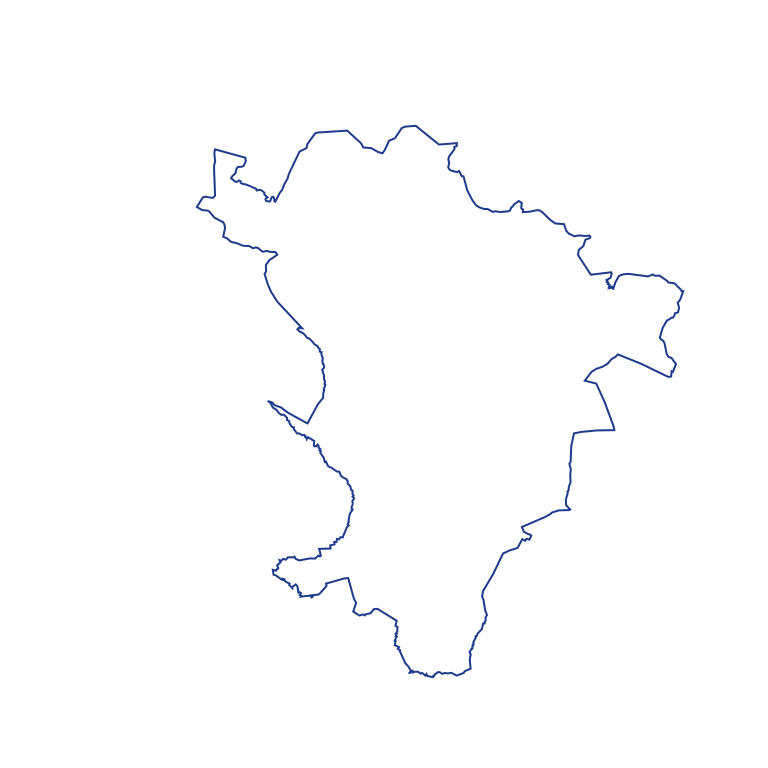 Santiago de Anaya, Hidalgo, Mexico, rotated 296°
{"feature_id": "50627088B8235398301321", "entity_name": "Santiago de Anaya", "entity_type": "district", "adm_level": 2, "iso_a3": "MEX", "parent_name": "Mexico", "parent_adm1": "Hidalgo", "projection": "albers", "projection_center": [-99.002, 20.428], "detail": "fine", "context": "isolated", "style": "outline", "palette": "blue", "viewbox_px": 768, "rotation_deg": 296, "n_neighbors": 0, "source": "geoboundaries", "source_scale": "gbopen_adm2", "svg_char_len": 6166}
<svg xmlns="http://www.w3.org/2000/svg" viewBox="0 0 768 768"><g transform="rotate(296 384 384)"><path d="M594.6,373.9L605.5,364.4L604.9,362.8L608.3,358.2L606.4,356.6L605.3,350.8L605.3,349.3L606.7,346.8L611.8,345.5L613.6,343.6L616.7,342.7L626.2,344.4L627.9,343.2L629.7,345.0L632.4,343.9L623.3,328.4L630.0,299.4L624.8,290.5L621.9,287.8L609.7,286.1L604.9,282.0L594.5,282.1L590.7,281.5L589.9,276.9L590.4,269.1L587.5,261.7L590.3,257.8L595.6,239.9L581.1,214.4L579.2,212.3L571.7,210.9L565.9,210.0L562.2,211.0L555.9,206.2L531.2,206.4L526.0,207.3L520.6,206.8L513.5,207.4L510.5,206.5L500.2,206.4L500.0,205.7L503.4,203.2L503.6,201.9L502.8,201.2L498.5,201.6L497.7,201.0L496.9,198.0L497.8,196.6L499.0,196.4L500.6,197.5L501.9,193.4L503.5,192.6L504.3,189.0L504.1,187.3L502.1,184.7L503.4,183.5L502.9,173.0L501.8,168.5L502.0,166.9L503.4,166.2L503.4,164.5L501.0,162.9L500.6,161.8L501.9,156.4L504.3,156.5L508.3,158.1L512.8,157.1L515.0,157.5L516.9,160.9L518.5,162.3L523.6,162.1L526.6,160.2L520.8,129.2L516.9,130.4L509.8,134.8L506.8,135.2L503.0,136.9L479.4,149.5L476.8,149.0L476.0,148.0L474.0,141.3L472.4,139.4L461.1,138.2L460.6,144.3L462.5,149.4L462.5,151.1L459.1,159.0L458.9,168.5L457.2,170.9L454.4,172.8L445.8,174.9L446.1,179.2L444.7,184.0L446.1,190.3L446.4,196.4L449.0,202.8L448.5,206.6L450.4,208.7L451.0,210.7L449.7,216.9L452.4,220.7L452.7,223.4L455.0,228.5L453.4,231.4L445.0,226.6L439.1,225.7L433.5,228.7L430.6,228.4L422.7,235.8L417.4,242.0L411.2,252.1L398.2,286.0L397.1,282.8L395.2,282.2L394.3,284.8L394.1,289.5L391.7,295.2L392.2,296.5L390.7,301.1L389.3,303.8L388.9,307.9L387.8,308.9L387.2,311.1L385.0,311.9L385.2,314.0L383.6,314.4L380.2,317.8L378.5,318.1L375.3,320.1L375.5,320.7L373.4,322.5L372.0,322.9L369.8,322.2L365.2,326.4L361.9,328.1L360.4,329.9L357.9,330.5L357.5,331.7L352.8,332.1L352.5,332.9L348.8,333.5L345.0,335.4L337.2,333.5L315.0,332.5L316.1,309.9L317.8,301.6L317.0,295.0L318.4,291.5L317.7,287.0L317.3,290.3L314.1,294.4L313.7,298.6L311.7,302.5L311.3,305.6L312.5,307.2L312.3,308.5L311.0,311.7L309.1,312.6L309.2,314.7L306.7,317.0L305.0,320.4L305.5,322.1L303.9,322.7L301.4,327.7L302.4,329.5L302.1,333.0L303.3,334.4L302.8,336.2L301.8,336.4L301.8,337.7L300.6,338.8L302.8,338.9L302.2,346.2L297.8,348.0L297.6,349.1L298.2,350.2L300.5,351.0L299.5,352.5L298.0,353.2L297.7,355.2L296.1,355.1L296.0,356.7L294.3,356.8L291.0,362.6L288.1,364.7L287.9,365.3L288.8,366.0L285.9,369.4L285.5,371.5L285.8,373.1L284.7,380.0L285.6,382.2L282.9,385.2L282.0,387.9L282.1,391.5L281.0,393.8L278.6,395.0L277.2,398.6L274.4,401.0L274.3,402.6L271.6,403.7L270.6,405.4L268.9,405.2L268.9,406.2L267.8,407.4L265.1,406.8L262.3,408.6L259.5,408.8L257.0,410.0L257.3,410.8L252.2,410.2L244.7,412.3L244.5,412.9L241.9,412.8L241.4,414.4L239.3,413.4L228.0,414.1L227.2,412.0L224.6,411.7L224.1,409.6L221.2,410.5L220.2,408.6L218.2,409.8L215.3,406.4L212.7,408.1L207.4,398.0L202.0,402.5L201.0,402.0L201.0,400.3L196.9,398.6L194.7,393.8L188.3,385.2L188.1,381.4L189.5,379.2L188.7,379.0L186.1,373.6L183.1,372.9L182.6,370.0L180.3,369.3L179.9,367.3L178.2,369.1L174.1,367.4L172.3,369.6L171.2,369.7L170.3,368.7L168.8,368.7L168.3,365.5L164.2,368.3L164.6,370.5L163.4,377.6L163.5,378.7L164.6,378.3L164.9,380.2L163.9,380.6L163.2,382.4L163.2,386.7L161.8,386.9L160.4,391.0L161.3,390.5L165.1,392.5L164.2,394.9L159.1,398.4L159.9,398.7L159.7,401.0L157.3,400.9L157.3,402.8L156.5,402.6L161.4,410.2L160.4,412.6L161.5,413.1L162.2,411.4L166.2,417.6L168.1,418.3L176.6,420.7L177.6,420.7L179.2,419.4L191.8,433.5L193.9,436.9L177.7,451.2L175.1,454.9L166.0,456.1L165.1,463.4L167.6,465.9L167.6,468.2L168.7,468.3L172.2,472.5L177.1,473.5L179.0,476.7L176.8,499.2L171.7,500.3L171.6,502.6L167.0,504.5L164.7,504.0L164.8,505.1L162.5,505.0L162.5,506.1L157.9,506.2L158.0,507.2L154.0,508.1L154.1,512.8L152.0,512.5L151.8,515.2L150.9,515.3L142.5,525.4L140.5,530.3L137.9,533.8L135.6,533.5L135.9,534.3L137.6,534.9L138.2,534.3L138.9,535.4L137.5,536.8L138.7,537.4L140.3,540.8L139.7,543.7L141.0,544.7L140.1,549.0L141.9,549.3L140.6,550.9L141.9,556.5L143.0,556.2L143.8,557.2L145.0,556.8L148.9,559.0L149.4,560.6L149.0,563.4L151.0,565.4L151.7,567.9L153.9,571.2L153.8,577.1L159.1,582.2L161.3,582.5L166.1,586.6L174.2,581.7L178.9,580.5L180.5,578.4L184.5,578.8L184.8,579.4L187.0,578.5L188.1,578.9L188.7,578.0L189.9,578.5L191.2,577.4L196.1,577.7L197.4,576.9L198.2,577.8L200.8,577.6L206.8,579.4L211.9,578.1L212.9,579.4L213.9,578.7L214.9,579.2L216.7,578.7L218.9,577.6L221.4,577.9L224.9,574.2L233.9,567.8L236.1,565.2L241.5,563.8L260.7,565.4L283.9,565.3L289.4,569.8L295.2,575.9L305.1,576.3L305.0,579.6L306.9,579.8L307.7,580.8L307.8,582.9L312.3,582.9L312.8,581.0L312.3,580.0L312.5,574.5L315.9,570.6L335.0,587.0L340.3,590.7L341.9,591.1L347.1,596.6L351.8,605.6L352.8,606.3L354.9,600.8L360.0,598.1L366.7,596.9L367.9,596.0L368.9,596.7L372.5,595.2L377.3,594.8L384.6,590.9L389.1,589.4L393.5,585.6L396.0,585.8L410.1,579.6L422.9,576.4L427.4,582.3L435.6,595.7L443.5,611.3L446.9,608.6L464.6,590.1L477.4,574.6L475.0,563.0L485.9,565.2L490.8,568.3L495.3,572.8L500.1,576.0L506.3,577.7L510.0,580.2L513.1,581.2L514.9,606.2L515.0,636.4L516.6,638.8L521.5,636.9L521.5,638.3L529.9,637.8L533.4,631.0L533.2,627.4L534.9,625.0L543.5,618.3L545.3,616.0L545.5,613.6L546.5,611.6L556.8,609.8L565.3,610.5L567.3,612.3L569.6,613.2L570.0,614.4L572.1,615.0L575.3,614.6L577.3,616.9L582.1,615.7L585.7,612.4L589.7,613.2L598.6,612.3L597.9,610.7L598.7,610.1L601.8,601.0L599.9,595.1L600.8,593.4L602.2,584.0L600.0,580.1L600.3,577.7L596.4,574.0L590.2,555.5L587.6,551.1L584.2,547.8L576.6,547.4L569.1,548.5L571.3,547.8L569.4,545.2L571.0,545.9L570.1,544.3L571.0,544.6L570.7,543.5L572.0,543.3L571.8,541.6L573.0,541.6L573.1,539.7L574.3,540.0L574.9,538.4L578.8,541.0L583.0,540.3L584.0,539.2L572.9,522.0L585.0,501.8L590.0,500.3L595.3,502.7L602.1,501.8L605.5,505.2L606.9,504.8L607.4,503.5L605.4,500.3L602.7,493.6L600.3,490.5L600.1,484.5L601.6,480.6L606.6,475.7L603.4,467.7L604.3,461.7L607.8,451.0L608.2,447.7L607.4,445.4L603.0,439.8L599.3,433.5L601.8,432.5L601.8,430.8L602.6,430.1L607.0,428.5L607.6,425.0L602.5,422.2L599.7,421.8L598.7,421.0L595.4,421.2L593.9,420.3L589.6,413.2L587.8,407.8L586.4,406.5L586.7,400.6L585.2,397.2L584.6,392.7L584.9,388.6L587.9,382.9L594.6,373.9Z" fill="none" stroke="#1e3a8a" stroke-width="2"/></g></svg>